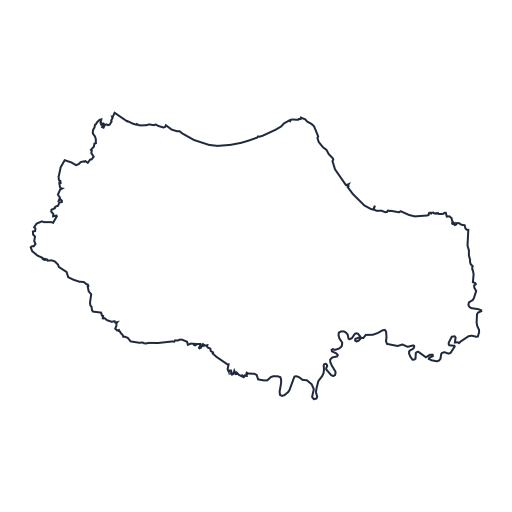 Tuban, Jawa Timur, Indonesia
{"feature_id": "22746128B21203406788524", "entity_name": "Tuban", "entity_type": "district", "adm_level": 2, "iso_a3": "IDN", "parent_name": "Indonesia", "parent_adm1": "Jawa Timur", "projection": "albers", "projection_center": [111.881, -6.959], "detail": "fine", "context": "isolated", "style": "outline", "palette": "slate", "viewbox_px": 512, "rotation_deg": 0, "n_neighbors": 0, "source": "geoboundaries", "source_scale": "gbopen_adm2", "svg_char_len": 6025}
<svg xmlns="http://www.w3.org/2000/svg" viewBox="0 0 512 512"><path d="M66.6,272.0L68.2,277.2L73.6,279.8L79.4,281.7L83.7,282.0L86.7,284.3L87.8,284.5L88.4,286.0L87.7,286.4L88.7,291.4L91.2,294.3L90.0,302.6L90.4,305.5L91.6,307.0L92.0,310.3L93.0,311.6L101.1,312.6L101.9,315.5L103.1,315.9L102.6,319.1L103.1,318.4L104.5,318.1L107.0,320.2L111.7,321.8L114.6,321.2L115.3,322.6L117.2,322.2L116.5,323.0L116.4,325.8L115.2,328.6L117.1,330.5L118.8,330.0L118.9,331.1L120.1,331.6L120.5,332.7L122.7,335.1L123.3,336.8L124.9,336.7L127.8,337.9L130.6,341.4L139.5,342.8L142.6,342.5L144.0,343.3L146.0,343.5L148.5,342.9L158.1,343.0L172.7,341.4L174.2,341.7L175.1,340.4L177.8,340.5L179.9,339.6L182.2,339.7L187.1,341.8L187.9,344.8L190.8,343.6L194.8,343.9L194.2,345.0L195.0,345.4L195.7,345.2L195.7,344.1L200.3,344.0L200.2,345.6L199.0,347.8L199.5,348.4L200.9,347.7L202.3,344.9L202.6,345.5L203.3,344.6L203.8,345.4L204.0,344.9L205.3,345.6L207.3,345.2L207.0,346.3L207.7,347.5L210.3,348.6L210.8,351.1L213.1,352.4L212.7,353.5L216.4,356.8L227.3,364.3L228.6,364.3L227.6,369.1L228.8,371.9L229.7,370.5L231.1,370.6L231.3,372.7L230.6,373.5L231.9,373.4L232.0,374.3L231.2,375.0L233.3,374.0L234.3,370.8L235.6,374.1L236.8,374.0L235.7,372.7L236.5,372.3L238.8,374.8L242.8,376.8L242.7,375.6L244.3,376.6L244.7,375.8L246.3,375.9L245.9,375.3L246.7,375.3L247.1,374.5L246.4,373.7L246.8,372.7L248.0,373.5L254.4,373.8L256.7,375.0L258.1,379.4L263.7,380.4L267.2,380.4L271.0,377.0L273.6,376.2L277.7,376.3L280.4,377.2L281.1,379.6L281.1,383.1L279.6,391.8L280.0,394.9L282.0,395.9L284.4,395.2L288.2,392.0L289.5,390.0L294.2,377.1L294.9,376.4L296.7,376.3L299.4,377.4L302.4,379.8L306.9,380.3L311.7,384.3L313.8,389.2L312.1,396.9L313.8,399.2L316.5,398.5L317.2,396.7L315.9,392.1L316.6,387.9L318.4,381.0L322.3,375.9L323.5,373.2L324.0,369.9L323.7,365.4L324.2,364.3L325.7,363.8L326.8,364.7L327.2,366.1L326.2,368.1L326.2,369.4L331.2,375.2L333.3,376.0L335.0,375.1L335.6,372.8L335.3,371.4L331.7,365.4L330.2,361.9L330.2,359.6L332.2,357.5L337.1,356.4L337.8,355.1L336.5,353.5L331.9,351.3L331.7,349.8L332.9,349.1L334.8,349.9L338.5,348.8L340.9,347.2L342.0,345.5L342.2,342.6L339.4,338.5L338.5,335.1L338.9,332.6L340.8,331.5L343.9,331.4L345.8,332.5L347.6,334.4L348.6,338.8L349.7,339.3L351.9,338.1L354.9,333.8L356.3,333.3L357.9,333.7L360.2,336.5L359.4,337.4L355.4,338.9L355.1,340.5L356.5,341.5L358.6,340.7L361.2,337.9L363.3,338.0L365.8,334.9L372.7,334.8L377.8,333.0L382.6,330.3L384.8,329.9L386.1,331.7L386.5,337.1L386.0,341.2L387.0,343.9L397.6,346.0L402.3,344.5L407.7,346.8L413.2,345.4L414.1,345.9L414.2,347.0L413.4,348.6L409.8,350.6L409.1,351.5L409.1,353.6L410.3,356.6L412.5,359.7L414.2,359.6L415.5,358.7L415.8,353.0L416.8,352.1L418.2,351.7L425.9,357.3L429.8,354.8L432.6,354.7L432.8,356.2L429.4,357.6L428.8,358.9L431.6,360.3L437.0,361.3L439.1,360.5L440.5,358.7L441.2,354.1L441.9,353.0L444.4,352.2L448.4,353.6L450.5,353.0L454.7,346.5L454.4,345.8L449.4,345.3L448.8,344.6L448.7,342.8L451.8,336.7L454.6,336.3L455.6,337.5L454.9,342.5L457.9,342.3L459.0,343.1L460.9,341.3L468.6,336.2L471.8,335.7L476.4,336.8L477.9,336.5L479.1,332.1L479.0,329.8L477.2,325.9L476.6,322.5L477.0,314.3L478.0,312.6L481.3,311.2L481.2,310.3L478.4,309.2L471.2,308.1L469.3,306.8L468.4,304.9L468.9,302.4L472.8,300.0L473.9,298.1L476.2,291.0L474.3,287.7L474.1,285.5L475.8,284.1L475.0,282.9L472.9,282.2L473.6,274.4L472.9,270.3L472.4,269.9L472.2,267.3L472.7,266.2L470.8,264.4L470.0,261.9L470.1,259.9L468.9,255.5L468.9,250.4L467.5,245.6L468.3,229.9L467.1,229.9L465.5,228.6L464.6,225.2L461.5,224.8L458.9,223.1L456.8,223.1L456.3,224.4L454.9,225.1L454.2,224.6L454.5,223.2L452.5,223.9L452.1,223.0L452.9,222.0L452.0,220.6L451.6,218.2L449.4,216.3L446.8,216.6L445.8,212.8L444.5,212.8L443.2,213.9L440.1,214.0L438.3,213.9L438.0,213.1L436.8,213.5L437.0,212.5L436.5,213.2L434.2,213.5L433.4,212.6L431.5,212.8L431.2,213.4L430.1,212.7L429.7,213.4L428.9,213.3L428.6,215.0L427.2,215.5L414.8,216.4L409.1,215.0L400.6,211.2L399.1,212.3L390.9,210.8L389.7,211.1L388.4,210.5L387.7,210.7L387.1,211.9L385.2,212.2L381.6,210.7L376.6,210.8L373.7,209.5L374.9,205.6L373.2,209.6L371.1,209.1L364.4,205.5L352.9,194.1L347.7,187.1L349.0,185.9L348.3,186.1L348.4,185.4L347.6,185.2L348.3,184.3L346.0,185.2L335.0,169.3L332.5,161.2L333.3,159.5L332.8,158.3L328.8,154.2L326.4,149.8L323.1,147.4L318.7,142.0L317.4,137.9L318.2,136.5L314.1,126.4L311.5,123.9L307.3,121.7L305.3,119.4L300.9,117.6L300.6,119.1L298.8,119.0L298.1,119.8L292.2,119.5L291.0,119.7L290.1,121.1L289.5,120.3L284.0,123.4L281.1,126.5L275.5,129.8L262.3,135.9L259.3,136.7L258.1,136.4L257.1,137.6L249.0,140.5L241.3,142.8L230.3,144.9L217.5,145.9L209.0,144.9L194.0,140.0L182.2,133.4L179.5,131.2L177.2,131.3L171.7,129.6L165.9,125.3L165.2,126.8L163.5,127.5L158.4,126.0L155.7,124.5L154.0,125.2L149.2,124.4L146.3,125.2L141.2,125.4L138.5,125.2L136.9,124.0L136.3,124.7L132.9,123.7L127.5,121.1L127.2,121.4L114.6,112.8L112.7,117.0L112.1,116.8L112.5,118.1L111.2,120.4L111.6,121.4L109.7,124.6L107.9,125.2L106.4,124.4L104.9,124.8L103.5,127.7L102.1,127.1L103.6,123.7L103.1,123.4L101.8,124.7L101.1,124.6L101.0,122.8L100.5,122.6L101.3,119.4L99.6,119.8L97.1,122.2L95.9,124.3L95.0,124.8L94.5,127.5L93.2,129.6L92.8,131.5L92.9,133.6L95.0,136.5L95.8,139.1L95.9,143.2L94.4,143.6L93.9,146.6L90.9,149.9L91.8,150.8L91.3,153.1L93.7,156.7L91.6,159.4L90.2,159.5L87.8,162.8L85.4,161.1L84.6,161.7L83.9,161.3L80.5,162.2L79.0,163.9L76.1,165.2L71.5,162.5L64.7,160.2L60.7,167.2L58.6,177.0L58.8,179.5L59.5,181.0L60.3,180.9L60.6,183.0L59.3,183.1L60.0,187.2L60.7,188.2L62.2,188.5L60.1,189.7L57.9,194.6L59.9,197.6L58.9,200.3L60.6,199.4L61.9,200.7L61.8,202.1L59.3,202.5L58.1,205.7L56.2,206.3L54.8,207.4L54.8,208.3L51.5,209.7L51.2,211.6L53.4,214.2L53.1,216.3L56.5,215.6L56.8,216.3L53.1,222.8L51.4,222.1L44.0,222.1L41.8,221.4L36.6,223.6L34.1,227.2L35.4,228.4L35.1,231.1L32.9,231.5L33.1,234.6L35.0,236.5L34.2,241.1L35.5,243.9L33.7,246.3L32.1,246.2L30.7,247.3L32.2,251.2L37.5,255.6L42.2,257.7L42.7,259.0L44.3,259.9L45.0,259.9L44.7,258.9L47.1,259.5L47.5,260.6L52.0,260.4L54.9,261.5L58.0,264.6L58.9,267.0L66.6,272.0Z" fill="none" stroke="#1e293b" stroke-width="2"/></svg>